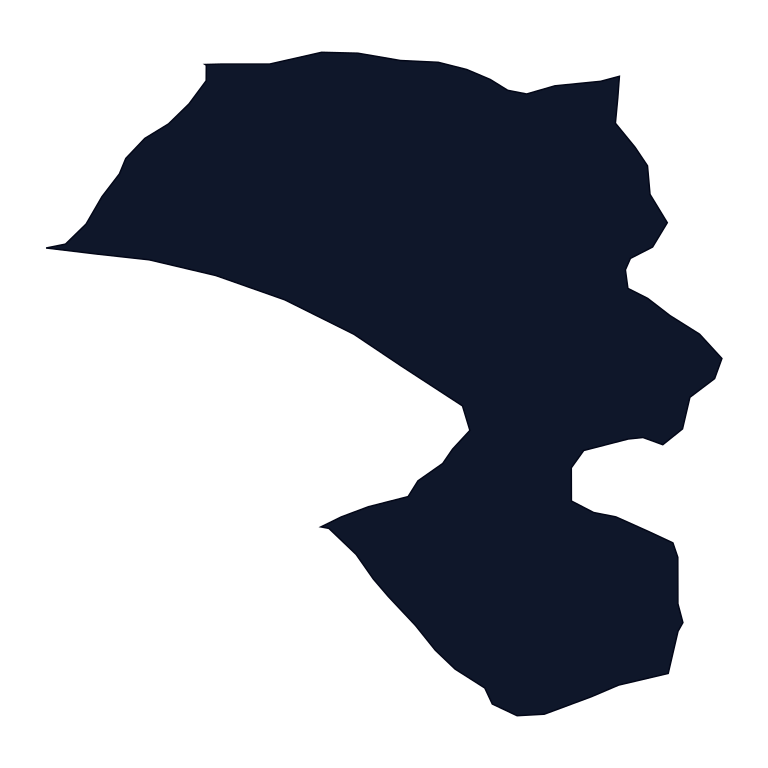 outline of Sandviken, Gävleborg, Sweden
{"feature_id": "70781695B54333453376025", "entity_name": "Sandviken", "entity_type": "district", "adm_level": 2, "iso_a3": "SWE", "parent_name": "Sweden", "parent_adm1": "Gävleborg", "projection": "equal_earth", "projection_center": [16.677, 60.515], "detail": "fine", "context": "isolated", "style": "filled", "palette": "ink", "viewbox_px": 768, "rotation_deg": 0, "n_neighbors": 0, "source": "geoboundaries", "source_scale": "gbopen_adm2", "svg_char_len": 1154}
<svg xmlns="http://www.w3.org/2000/svg" viewBox="0 0 768 768"><path d="M205.2,64.5L206.3,65.2L206.2,80.7L189.0,103.9L168.5,123.9L144.8,138.4L125.8,158.4L119.4,173.9L102.0,196.6L86.1,224.0L65.5,244.1L46.1,248.0L97.2,254.1L149.1,259.8L215.7,275.5L284.7,299.8L353.8,334.2L400.8,365.7L462.5,405.9L469.9,430.4L452.6,449.1L442.7,463.5L418.0,480.8L408.1,496.6L368.5,506.7L341.3,516.9L320.9,526.9L328.9,528.4L356.1,554.4L373.4,579.1L388.3,596.5L415.5,625.5L435.3,650.2L455.1,669.1L484.8,688.0L492.3,704.0L514.1,714.3L517.1,715.7L544.3,714.2L591.4,696.7L618.6,685.1L668.2,673.4L678.0,631.3L682.9,622.6L677.9,603.7L677.8,557.3L672.9,542.9L648.1,531.3L615.9,516.9L593.6,512.5L571.4,501.0L571.3,467.8L583.7,450.5L628.2,439.0L643.0,437.5L662.8,444.7L682.5,428.9L689.9,397.3L714.6,378.6L721.9,358.5L699.6,334.2L670.0,315.6L647.7,298.4L627.9,288.4L625.4,269.8L630.4,258.4L652.6,247.0L667.3,222.7L650.0,194.3L647.5,165.8L635.1,147.3L615.4,123.2L617.8,97.7L619.4,76.3L600.7,81.3L555.0,85.8L526.6,94.0L507.7,90.3L490.3,79.5L466.7,69.5L438.3,62.3L400.4,60.5L357.9,53.2L321.6,52.3L269.5,64.1L220.7,64.1L205.2,64.5Z" fill="#0f172a" stroke="#020617" stroke-width="1.5"/></svg>